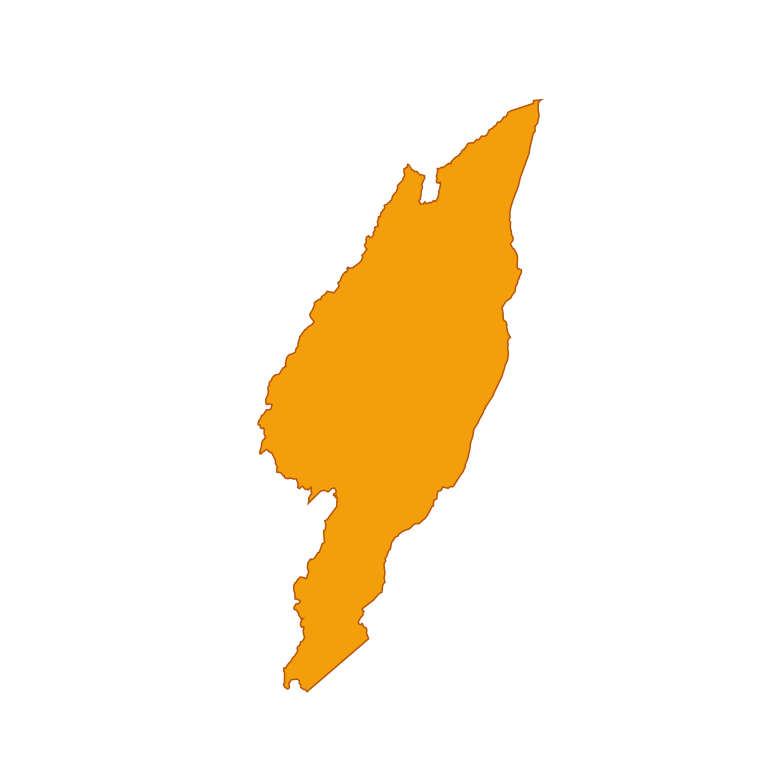 outline of Condorcanqui, Amazonas, Peru, rotated 19°
{"feature_id": "86281439B49364565182822", "entity_name": "Condorcanqui", "entity_type": "district", "adm_level": 2, "iso_a3": "PER", "parent_name": "Peru", "parent_adm1": "Amazonas", "projection": "equal_earth", "projection_center": [-78.171, -4.2], "detail": "fine", "context": "isolated", "style": "filled", "palette": "amber", "viewbox_px": 768, "rotation_deg": 19, "n_neighbors": 0, "source": "geoboundaries", "source_scale": "gbopen_adm2", "svg_char_len": 6151}
<svg xmlns="http://www.w3.org/2000/svg" viewBox="0 0 768 768"><g transform="rotate(19 384 384)"><path d="M381.8,684.9L382.6,687.8L384.4,690.2L386.3,696.5L387.2,698.2L386.8,700.8L388.8,702.9L391.9,703.8L393.1,703.0L393.3,701.4L391.7,698.6L392.5,693.9L398.3,691.2L400.6,692.3L401.4,694.7L403.0,695.4L404.1,698.0L407.5,699.0L409.3,698.4L411.3,700.1L452.4,629.9L448.5,625.2L447.8,622.1L446.7,620.5L443.5,620.0L441.4,617.5L440.0,619.2L438.2,618.9L437.6,618.3L437.3,616.4L438.2,611.7L439.4,609.7L438.8,607.5L439.0,605.4L436.7,604.7L436.9,603.2L444.4,591.7L447.9,583.3L449.8,581.7L448.2,574.1L449.5,571.0L447.2,567.4L446.6,562.8L443.0,555.4L442.6,552.5L443.3,550.9L441.9,548.7L442.7,546.1L442.6,540.4L443.8,538.3L442.8,531.7L444.2,526.2L444.9,524.7L446.6,523.3L447.2,520.5L450.3,516.5L455.1,512.8L458.2,506.7L460.2,505.3L462.3,505.0L466.6,497.6L467.9,493.7L469.1,484.9L470.5,482.8L469.7,481.6L469.2,478.4L469.8,476.9L471.3,475.4L470.2,471.4L470.0,468.1L472.8,465.8L472.9,462.3L478.7,461.7L480.0,459.4L481.9,459.1L483.0,458.0L486.0,444.9L487.1,442.3L487.7,436.5L487.7,435.1L487.1,433.8L487.5,427.8L486.4,418.1L485.0,410.8L484.9,404.2L483.7,397.7L485.4,390.5L485.7,386.8L487.2,378.6L486.9,376.2L487.6,374.6L487.6,372.4L491.0,359.2L490.8,357.3L493.0,339.0L492.8,329.4L492.4,327.8L493.0,321.4L491.8,314.9L489.3,309.9L488.5,306.1L486.9,303.2L487.3,300.1L488.4,298.8L484.4,295.3L481.1,289.8L481.1,288.1L479.1,285.4L476.7,284.8L475.4,283.2L473.2,277.6L470.7,273.6L472.4,266.3L475.8,261.6L476.5,257.0L477.8,254.4L476.7,248.7L477.4,245.7L476.8,241.6L477.6,239.8L476.9,238.9L477.6,235.0L477.0,231.9L476.6,231.4L472.5,231.1L471.3,228.7L469.3,221.4L467.9,218.6L463.3,214.3L461.4,213.5L458.1,210.8L458.0,209.5L459.2,206.6L458.4,203.6L455.9,201.1L454.7,198.2L452.4,195.0L451.0,189.7L449.1,188.2L448.8,184.7L447.1,180.9L446.4,175.7L446.1,168.4L446.6,153.3L445.7,144.7L446.1,118.4L445.1,113.8L443.6,98.8L444.6,95.8L442.9,91.3L444.2,87.5L443.6,82.2L443.1,79.4L440.2,73.9L438.4,68.0L439.2,65.4L440.1,64.2L433.1,67.3L433.9,70.0L414.2,85.1L412.9,86.9L412.4,91.4L409.9,93.0L410.0,94.2L408.4,98.8L406.1,99.4L405.6,103.0L404.0,104.9L403.4,106.7L400.8,109.5L400.2,115.0L398.5,117.0L395.5,117.8L394.3,121.8L391.9,122.8L390.0,127.0L386.3,128.3L384.9,129.6L384.1,134.1L383.1,135.5L383.4,136.6L381.8,137.5L381.6,140.9L380.6,141.8L380.4,143.5L377.7,146.5L375.0,152.2L375.9,153.9L372.9,154.4L373.0,155.7L372.0,156.1L369.3,160.3L368.2,160.1L365.5,162.8L364.3,162.9L365.5,165.6L366.0,170.9L367.6,172.7L367.2,174.0L367.8,175.9L368.9,176.5L369.6,175.8L370.4,176.2L371.2,176.0L371.4,175.1L372.3,176.3L373.2,182.3L373.0,184.3L373.9,185.9L373.9,188.4L374.3,189.4L373.6,194.5L371.2,194.4L369.7,197.2L367.9,197.4L367.0,198.8L365.0,199.7L363.4,198.4L362.3,201.0L360.1,202.0L357.3,199.3L358.4,197.4L357.7,196.2L357.6,193.8L356.4,189.5L356.3,185.3L354.8,183.2L355.4,175.9L354.5,173.9L350.7,174.0L349.7,174.6L346.1,172.3L343.4,173.2L342.7,172.4L340.5,172.2L336.1,168.6L334.8,168.6L335.3,171.1L332.9,174.2L333.7,176.7L335.8,180.4L335.2,182.7L335.0,186.0L332.3,191.6L332.6,193.6L333.4,194.6L333.0,195.9L333.1,198.1L330.9,203.4L331.2,207.5L330.2,209.2L330.4,210.0L329.0,211.2L328.7,212.9L326.8,214.1L326.1,215.5L327.2,216.8L327.1,219.1L326.3,219.6L326.4,220.7L325.4,222.8L325.8,227.0L324.4,227.6L325.1,230.3L324.8,232.3L327.0,236.6L324.7,238.3L324.2,239.3L325.4,241.8L324.5,244.4L325.7,246.3L324.3,249.7L322.4,249.9L321.3,248.7L319.8,250.6L319.9,253.7L320.8,254.4L321.0,257.0L320.1,258.7L322.2,261.1L323.9,261.7L322.6,266.8L321.2,269.6L322.7,271.3L322.5,274.1L321.6,276.8L318.0,282.3L317.1,282.9L317.3,283.8L314.0,285.8L312.2,285.2L311.5,286.0L311.4,287.0L312.4,287.1L312.6,288.5L312.0,289.6L312.2,290.4L311.0,290.5L309.4,293.9L308.9,297.9L309.1,300.6L307.4,303.4L309.5,305.5L309.6,306.7L307.0,314.0L300.0,314.9L299.2,318.2L296.5,321.7L296.5,324.7L295.1,325.0L291.9,329.3L291.9,330.8L292.6,331.8L292.0,338.4L291.2,341.1L291.6,343.3L292.6,344.6L297.5,347.7L296.8,350.9L293.5,354.9L292.5,357.7L291.6,358.1L288.9,367.0L289.5,368.9L289.1,370.8L290.3,376.4L289.4,379.0L289.7,383.0L286.7,386.1L285.3,386.6L283.7,389.5L283.5,391.0L284.1,396.6L284.9,397.3L284.8,398.7L285.5,399.4L284.6,399.8L284.0,401.3L283.1,401.9L281.7,409.0L278.6,410.5L277.3,412.1L276.3,414.7L276.2,417.1L275.0,419.7L276.0,422.6L275.3,424.1L275.7,426.1L277.0,428.6L277.7,431.5L277.2,437.1L278.6,440.8L280.2,441.7L281.0,440.6L284.8,439.8L285.1,444.4L283.4,446.3L281.4,446.5L279.9,452.2L278.5,453.7L278.6,456.5L277.7,459.3L277.7,462.1L278.3,463.4L280.3,463.3L281.5,465.8L283.3,465.9L284.4,464.7L285.1,465.0L287.0,470.5L288.9,472.1L289.0,474.9L288.0,475.9L287.5,479.3L288.6,483.9L288.5,487.0L288.9,489.9L290.1,490.4L290.8,489.9L290.9,488.1L292.0,487.4L294.2,484.0L296.2,484.5L297.0,485.4L300.4,485.8L306.2,491.5L307.3,494.6L310.5,497.3L310.1,498.6L311.5,502.3L314.4,501.5L316.3,501.9L318.5,503.6L319.7,503.5L320.3,504.6L321.7,505.2L324.4,504.7L325.8,503.4L329.9,503.2L332.0,502.1L335.6,507.0L336.0,509.9L338.1,510.5L339.3,508.0L340.3,507.3L343.9,509.3L345.9,508.4L346.9,508.8L348.6,505.3L349.2,505.6L349.8,509.1L351.4,510.9L350.3,514.0L350.0,516.9L351.0,518.7L351.3,521.4L359.1,505.7L362.8,503.8L366.2,504.3L369.3,499.3L371.3,498.6L373.8,500.9L373.8,502.7L372.1,504.5L372.6,505.9L373.5,506.0L374.9,504.8L375.3,507.1L376.6,506.6L379.2,515.3L374.2,531.2L372.5,532.4L375.3,536.9L375.3,538.8L375.9,540.5L374.7,542.6L379.3,553.3L377.6,555.0L377.6,564.1L376.3,565.2L375.2,570.7L373.8,572.9L373.0,573.7L372.0,573.2L371.3,574.0L370.3,578.3L371.2,582.3L374.1,586.5L373.7,589.7L374.1,592.4L373.4,593.6L372.1,593.1L367.6,593.7L367.0,595.6L366.0,596.8L365.6,600.2L364.7,600.5L364.3,603.2L364.5,604.9L366.4,609.2L367.9,611.0L369.0,614.0L369.9,615.0L369.8,616.2L371.2,615.7L374.6,616.1L375.6,617.0L374.5,620.0L372.5,620.3L371.6,623.8L371.7,625.5L373.0,626.5L374.8,626.2L377.9,628.7L379.0,630.7L381.2,631.9L382.0,633.2L383.8,632.2L383.2,633.3L382.8,636.4L383.6,639.4L385.4,640.8L387.0,639.8L387.8,640.9L387.7,642.7L388.6,645.3L391.5,649.8L390.6,653.8L389.0,655.1L389.5,657.8L387.8,661.1L387.9,662.2L389.4,664.7L388.0,670.4L386.8,672.5L386.1,677.3L384.9,678.7L383.7,683.0L383.7,684.7L381.8,684.9Z" fill="#f59e0b" stroke="#b45309" stroke-width="1.5"/></g></svg>